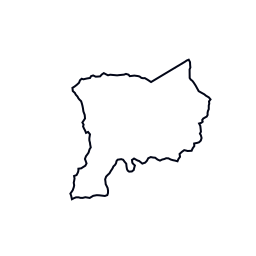 outline of Maurilândia, Goiás, Brazil, rotated 122°
{"feature_id": "56859067B99555965012895", "entity_name": "Maurilândia", "entity_type": "district", "adm_level": 2, "iso_a3": "BRA", "parent_name": "Brazil", "parent_adm1": "Goiás", "projection": "albers", "projection_center": [-50.339, -18.044], "detail": "fine", "context": "isolated", "style": "outline", "palette": "ink", "viewbox_px": 256, "rotation_deg": 122, "n_neighbors": 0, "source": "geoboundaries", "source_scale": "gbopen_adm2", "svg_char_len": 2528}
<svg xmlns="http://www.w3.org/2000/svg" viewBox="0 0 256 256"><g transform="rotate(122 128 128)"><path d="M218.1,137.8L216.2,136.7L214.3,135.3L213.0,133.2L212.4,131.2L211.3,129.4L209.3,127.5L207.6,123.4L204.0,121.6L201.6,119.0L200.4,116.9L197.9,111.6L195.9,110.0L193.8,110.5L191.6,111.8L189.7,113.5L188.5,115.4L187.5,117.1L185.8,118.4L183.6,120.2L180.8,120.8L178.4,120.3L176.3,119.7L173.6,119.8L170.6,119.7L168.3,120.0L166.0,119.4L164.1,119.5L162.2,120.2L160.4,120.0L159.1,118.5L158.0,117.2L157.5,115.3L158.4,113.1L159.2,110.6L161.5,108.8L163.4,107.1L164.3,105.6L164.4,103.9L162.8,101.7L160.6,100.9L158.2,101.7L156.1,102.3L155.8,104.1L155.2,105.9L153.0,107.7L150.7,106.7L150.6,104.4L150.5,102.7L150.1,101.1L150.3,99.1L150.6,97.0L148.3,95.1L145.8,94.6L142.9,94.8L140.6,93.3L139.8,91.2L138.8,89.2L139.1,86.3L138.7,83.6L136.6,82.3L135.0,80.7L133.4,79.6L132.3,77.6L132.1,75.1L131.5,72.9L130.7,70.8L130.0,68.4L127.6,68.8L124.9,68.6L122.7,70.5L119.7,69.7L117.0,68.6L116.4,66.9L115.9,65.2L113.6,62.0L110.9,62.4L108.2,62.2L106.1,63.7L103.8,61.3L102.5,60.2L100.1,59.6L97.5,60.3L95.5,62.4L94.7,64.0L92.5,64.2L90.4,65.8L87.9,67.8L86.5,70.1L84.8,68.6L83.1,68.0L81.9,69.3L80.1,69.2L78.2,68.2L76.6,67.3L74.7,67.4L73.3,68.4L71.3,69.2L69.2,69.5L66.2,71.4L64.3,72.0L62.5,73.4L60.0,73.2L59.2,75.7L59.3,79.1L59.0,81.1L59.2,85.1L59.3,87.6L57.6,90.6L56.2,93.1L54.7,96.3L53.9,98.4L53.7,100.5L52.9,102.2L45.7,106.8L43.6,107.2L41.8,108.6L39.3,110.3L37.9,112.7L39.7,114.0L41.4,114.7L76.8,132.8L76.7,137.0L76.8,140.2L77.8,141.6L78.4,143.2L78.2,145.4L78.7,147.1L80.2,150.4L81.4,151.9L83.1,154.0L82.5,155.8L83.2,158.4L84.8,159.6L87.8,163.5L89.1,165.1L92.3,171.4L93.9,172.9L94.1,174.7L94.3,177.6L96.6,178.6L99.0,179.0L100.2,180.6L101.6,182.6L101.9,185.4L103.6,186.8L105.7,186.7L107.8,189.1L110.3,191.6L110.8,193.4L113.0,194.0L115.6,193.5L118.5,194.3L121.2,195.3L123.4,196.4L125.9,194.4L126.4,191.6L127.4,190.0L128.1,187.5L129.1,185.8L129.7,184.0L130.1,182.0L131.6,180.2L133.3,178.4L135.2,176.6L137.6,174.6L139.9,171.6L142.7,169.5L147.5,169.6L148.7,167.4L150.4,167.0L151.8,165.0L152.8,163.2L154.4,161.0L152.5,159.8L153.5,156.9L157.1,155.4L159.0,154.2L160.7,152.4L162.1,151.3L164.2,149.3L166.4,149.3L169.8,148.4L171.9,148.5L174.2,148.7L177.1,148.1L178.3,146.5L180.0,144.4L182.6,144.2L185.0,145.4L187.0,146.3L188.8,148.5L190.6,147.4L192.4,146.9L195.2,146.7L197.3,148.3L199.1,146.6L201.3,145.7L203.2,145.0L205.1,143.3L207.0,142.6L210.0,141.9L212.6,142.0L214.2,142.1L215.3,140.6L216.7,139.2L218.1,137.8Z" fill="none" stroke="#020617" stroke-width="2"/></g></svg>